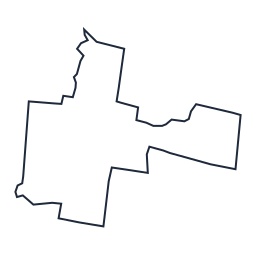 Picada Café, Rio Grande do Sul, Brazil (Equal Earth projection)
{"feature_id": "56859067B3523783610798", "entity_name": "Picada Café", "entity_type": "district", "adm_level": 2, "iso_a3": "BRA", "parent_name": "Brazil", "parent_adm1": "Rio Grande do Sul", "projection": "equal_earth", "projection_center": [-51.109, -29.454], "detail": "fine", "context": "isolated", "style": "outline", "palette": "slate", "viewbox_px": 256, "rotation_deg": 0, "n_neighbors": 0, "source": "geoboundaries", "source_scale": "gbopen_adm2", "svg_char_len": 801}
<svg xmlns="http://www.w3.org/2000/svg" viewBox="0 0 256 256"><path d="M17.0,197.0L22.8,195.4L33.4,204.6L52.2,202.8L61.2,203.7L58.6,218.3L79.2,222.4L103.4,226.4L104.4,218.1L107.9,188.2L108.7,181.3L111.8,167.5L129.6,170.1L147.8,172.9L146.8,154.4L149.4,146.7L163.3,150.5L169.9,153.0L210.6,164.3L235.5,169.2L240.6,115.0L232.5,112.7L196.1,104.2L191.0,111.3L188.8,119.0L184.4,121.3L171.6,119.6L166.0,124.3L162.0,125.9L153.4,125.9L146.3,122.7L136.4,120.1L138.1,107.4L120.9,102.7L116.6,101.4L118.7,88.1L122.4,61.5L124.2,48.8L96.6,41.8L84.2,29.6L84.7,34.9L87.7,40.2L81.0,43.2L77.1,48.8L83.5,55.7L80.5,60.9L76.9,74.0L73.9,77.1L75.9,82.6L75.5,87.9L72.8,97.2L63.3,95.8L61.4,103.9L54.0,103.4L28.8,101.4L23.2,176.4L22.2,183.3L17.6,185.5L15.4,191.9L17.0,197.0Z" fill="none" stroke="#1e293b" stroke-width="2"/></svg>